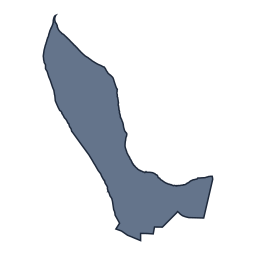 the district of Kota Dumai, Riau, Indonesia
{"feature_id": "22746128B18875576502901", "entity_name": "Kota Dumai", "entity_type": "district", "adm_level": 2, "iso_a3": "IDN", "parent_name": "Indonesia", "parent_adm1": "Riau", "projection": "robinson", "projection_center": [101.324, 1.853], "detail": "fine", "context": "isolated", "style": "filled", "palette": "slate", "viewbox_px": 256, "rotation_deg": 0, "n_neighbors": 0, "source": "geoboundaries", "source_scale": "gbopen_adm2", "svg_char_len": 5514}
<svg xmlns="http://www.w3.org/2000/svg" viewBox="0 0 256 256"><path d="M212.2,176.3L211.3,176.3L211.0,176.4L210.7,176.3L210.4,176.3L210.1,176.4L208.7,176.5L207.1,177.1L206.6,177.1L205.3,177.6L204.7,177.7L200.9,177.9L200.1,178.0L199.8,178.0L198.4,178.0L197.6,178.1L197.3,178.7L196.8,179.1L195.0,179.4L194.7,179.6L193.1,179.8L192.3,180.2L192.1,180.4L191.5,180.5L190.8,180.9L190.5,181.0L190.3,181.1L190.1,181.4L189.2,182.0L188.8,182.5L188.5,182.7L187.9,182.9L187.6,183.1L187.2,183.1L186.9,183.5L185.8,184.2L184.9,184.7L183.2,184.8L182.9,185.2L181.1,185.2L180.2,185.5L178.8,185.6L178.7,185.5L177.9,185.6L177.7,185.7L177.4,185.6L177.1,185.6L176.9,185.8L176.8,185.6L176.2,185.6L175.8,185.8L175.2,185.7L174.8,185.4L173.9,185.5L173.5,185.7L173.2,185.5L172.4,185.4L172.0,185.0L171.0,184.7L170.9,184.6L170.7,184.7L170.4,184.7L169.9,184.4L169.5,184.3L169.1,184.1L168.9,184.1L168.7,184.2L168.1,183.9L167.4,183.7L167.1,183.4L166.3,183.3L165.9,182.9L165.5,182.8L164.7,182.3L164.2,182.0L162.5,180.8L161.7,180.2L161.0,179.9L160.5,179.5L160.2,179.0L159.9,178.7L159.8,178.4L159.6,178.2L158.3,177.7L158.1,177.3L157.7,176.1L157.4,175.6L157.3,175.4L156.8,174.9L155.8,174.6L155.1,173.9L154.9,173.8L154.8,173.6L154.5,173.5L154.2,173.4L153.4,173.1L153.0,172.8L152.7,172.7L151.4,172.5L150.4,172.4L150.1,172.3L146.9,172.3L146.8,172.1L146.5,172.0L146.0,172.0L145.9,171.8L145.4,172.4L145.1,172.4L144.9,172.5L144.8,172.2L144.5,172.2L142.8,171.8L141.7,171.1L140.9,170.9L140.7,170.9L140.5,170.6L140.1,170.6L140.0,170.4L139.1,170.1L139.0,169.9L137.7,169.2L137.5,168.8L137.2,168.7L137.1,168.4L135.5,167.1L135.2,166.6L134.7,166.2L134.6,165.8L134.0,165.4L133.8,165.4L133.6,164.7L133.4,164.5L133.2,164.5L132.9,163.6L132.4,163.4L132.3,163.2L132.1,162.3L132.0,162.2L131.8,161.8L131.7,161.8L131.4,161.0L131.1,160.3L130.8,159.8L130.3,159.3L130.3,159.1L130.1,158.9L129.4,157.0L129.1,156.9L128.5,155.7L127.6,154.2L127.5,153.7L127.3,153.5L127.0,153.0L126.7,151.8L125.4,148.0L125.0,146.1L125.1,143.6L125.3,141.5L125.6,140.3L125.7,139.0L125.9,137.8L126.0,137.3L126.5,136.3L126.8,134.6L126.8,133.8L126.4,132.9L126.1,132.8L125.5,132.0L125.4,131.8L125.3,131.6L125.0,131.4L124.6,130.6L124.2,129.3L123.6,127.2L123.2,124.2L122.9,123.1L122.8,122.8L122.7,122.3L122.1,121.1L121.5,119.2L120.5,117.7L120.7,117.3L120.3,116.8L120.3,115.7L120.1,114.7L119.9,114.4L119.9,114.0L119.7,113.9L119.4,112.5L119.5,111.9L119.5,111.4L119.3,110.6L119.0,110.1L119.0,109.3L118.8,109.0L118.9,108.9L118.9,108.2L118.6,106.7L118.6,105.9L118.2,105.3L118.2,104.1L118.5,102.9L118.4,102.8L118.3,101.7L118.2,101.4L118.1,100.1L117.9,99.1L117.7,97.5L117.2,96.7L117.3,96.1L117.3,94.8L117.1,94.1L116.9,93.5L116.9,93.2L116.9,92.1L117.1,91.7L117.1,90.2L117.3,89.8L117.3,89.4L116.9,88.6L116.7,88.6L116.1,87.3L116.0,86.8L115.9,86.7L115.1,84.3L114.1,81.3L114.0,81.0L113.9,80.5L113.5,79.2L113.0,77.9L112.7,77.5L112.6,77.3L112.2,76.9L111.2,75.9L110.4,75.1L110.1,74.9L109.7,74.8L109.4,74.4L108.7,73.8L108.2,73.5L107.8,72.8L107.4,72.0L107.1,71.8L106.7,71.2L105.6,69.2L105.5,68.8L105.1,68.3L104.9,68.0L104.3,67.1L103.9,66.9L103.6,66.9L103.1,66.8L102.9,66.6L101.4,65.8L100.9,65.5L100.3,65.3L99.9,65.1L98.1,64.4L97.7,64.1L96.4,63.5L96.2,63.3L94.6,62.4L94.4,62.2L92.0,60.8L91.7,60.4L91.3,60.2L90.4,59.4L90.1,59.3L89.3,58.7L88.8,58.4L88.5,58.0L85.2,56.0L83.9,54.8L83.4,54.5L82.8,53.8L81.9,53.0L81.7,52.9L81.5,52.6L81.0,52.2L79.8,50.8L79.5,50.6L78.7,49.7L78.5,49.4L77.4,48.3L76.9,47.6L76.5,47.2L76.1,47.0L76.0,46.9L75.9,46.8L75.6,46.3L74.6,45.4L74.3,45.4L74.2,45.1L73.6,44.4L73.4,44.3L73.1,43.8L72.8,43.7L72.5,43.3L72.3,43.2L71.8,42.5L71.4,42.2L70.7,41.5L70.5,41.3L69.8,40.5L69.7,40.4L68.8,39.4L68.3,39.1L67.6,38.2L67.0,37.7L66.8,37.7L66.5,37.2L64.4,35.3L63.8,34.6L62.8,34.0L62.4,33.8L62.2,33.8L61.9,33.6L61.8,33.3L61.0,32.5L60.7,32.2L60.3,32.0L59.6,31.1L59.1,30.6L58.3,29.3L57.9,28.4L57.5,27.2L57.2,27.0L57.3,26.5L57.2,25.5L56.9,25.0L56.8,24.6L56.6,24.4L56.3,23.4L55.3,22.5L55.3,22.0L55.0,21.1L54.8,19.9L54.7,19.0L54.8,18.2L54.9,17.3L55.3,16.7L55.3,15.9L55.7,15.4L55.2,15.6L54.4,16.6L54.0,17.5L53.6,18.8L53.5,19.3L53.5,19.8L53.3,20.1L53.2,22.4L53.3,22.6L53.1,22.7L52.9,23.6L52.9,23.9L52.7,24.6L52.5,24.8L52.4,25.3L51.8,26.6L51.6,27.2L51.3,27.5L51.3,27.9L51.1,28.1L51.1,28.3L50.9,28.5L49.7,31.3L49.5,32.4L49.2,33.1L49.1,33.7L48.9,33.9L48.6,35.4L48.4,36.3L47.9,37.5L47.6,37.8L47.5,38.5L47.1,39.5L46.4,42.2L46.2,42.5L46.0,43.6L45.4,45.1L44.1,50.2L43.7,53.0L43.5,54.3L43.5,54.8L43.4,54.9L43.3,55.8L43.3,56.8L43.5,57.7L43.6,59.4L44.1,61.7L44.2,62.6L44.6,63.2L45.1,64.1L45.5,64.7L45.5,68.7L46.0,69.6L47.2,71.5L47.6,72.9L48.8,76.9L50.2,80.1L52.7,87.6L53.9,90.4L54.1,91.9L54.2,92.3L54.5,94.6L54.8,95.3L55.3,100.8L56.6,103.9L58.3,107.7L59.7,110.4L61.0,111.3L61.9,112.7L61.9,113.5L62.6,114.4L63.6,116.1L64.3,117.6L65.9,119.3L66.6,120.4L67.4,121.9L67.7,122.9L68.7,123.6L69.6,126.8L70.2,127.5L70.8,128.4L71.2,129.3L71.7,131.3L72.4,132.1L81.8,145.1L88.9,154.8L91.8,159.6L92.3,160.4L94.0,163.4L95.1,165.1L98.1,170.4L100.7,173.8L101.5,175.9L103.3,179.2L104.5,181.0L104.6,180.9L105.1,183.0L106.7,185.6L107.5,187.1L107.4,188.6L108.0,190.9L108.3,191.4L108.2,191.5L108.3,191.5L109.0,192.8L110.1,196.1L111.0,197.3L111.8,198.6L112.5,201.5L113.7,209.7L114.4,211.1L114.9,213.0L115.1,215.1L117.1,218.7L119.6,223.2L115.9,229.0L121.5,231.0L127.5,235.2L140.6,240.6L140.6,233.4L147.0,233.5L153.2,233.9L154.5,227.0L162.4,227.1L162.5,227.0L176.8,212.6L177.5,211.6L178.6,212.4L180.4,214.2L182.5,215.7L185.2,216.7L188.7,217.6L196.6,217.8L203.7,218.0L212.7,179.3L212.5,177.7L212.2,176.3Z" fill="#64748b" stroke="#1e293b" stroke-width="1.5"/></svg>